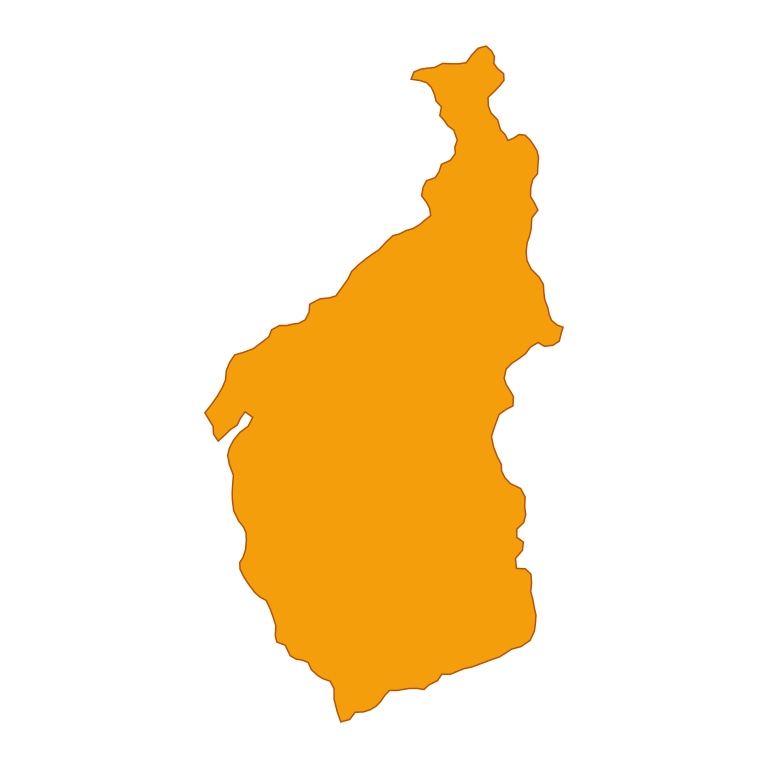 Campanha, Minas Gerais, Brazil
{"feature_id": "56859067B70432735249209", "entity_name": "Campanha", "entity_type": "district", "adm_level": 2, "iso_a3": "BRA", "parent_name": "Brazil", "parent_adm1": "Minas Gerais", "projection": "orthographic", "projection_center": [-45.402, -21.822], "detail": "fine", "context": "isolated", "style": "filled", "palette": "amber", "viewbox_px": 768, "rotation_deg": 0, "n_neighbors": 0, "source": "geoboundaries", "source_scale": "gbopen_adm2", "svg_char_len": 2999}
<svg xmlns="http://www.w3.org/2000/svg" viewBox="0 0 768 768"><path d="M563.1,327.3L557.3,325.1L551.7,320.6L549.2,314.6L547.8,307.7L544.8,299.9L543.8,292.0L543.4,284.5L539.0,277.0L531.2,269.2L527.0,260.6L526.1,251.7L527.2,242.6L529.5,236.1L531.1,228.9L531.8,218.0L537.9,210.1L534.3,202.7L530.5,196.4L530.8,187.3L532.8,179.4L537.5,173.7L537.9,165.7L538.5,157.2L536.9,150.7L533.7,145.3L529.9,139.8L525.1,135.2L519.1,134.5L513.5,138.2L508.0,140.5L505.2,134.8L500.5,129.7L497.5,119.7L490.9,112.9L488.4,106.0L488.0,97.5L494.1,91.7L500.1,85.3L504.0,80.2L503.6,73.6L497.7,68.8L493.8,63.4L494.5,56.7L491.6,51.1L486.2,46.1L478.0,48.3L471.6,55.2L466.3,62.7L458.9,63.8L450.6,63.8L442.8,63.4L434.5,67.5L426.6,68.3L420.6,69.2L413.9,72.0L411.1,79.2L419.8,80.5L426.6,82.6L431.3,87.3L434.5,94.5L436.1,101.2L441.4,106.8L439.8,115.6L444.0,120.1L447.9,125.8L453.8,130.2L457.3,140.2L454.8,147.1L455.4,153.5L450.3,160.4L441.4,164.4L439.0,172.0L435.1,177.7L426.5,180.7L423.2,187.0L421.6,195.8L426.5,202.3L429.7,208.5L430.7,215.6L425.4,219.7L419.3,224.9L412.9,228.6L406.0,230.6L399.3,234.0L393.0,235.6L386.6,241.5L378.7,250.0L373.3,253.5L367.0,258.0L358.5,264.8L351.6,271.5L348.0,279.0L342.6,286.6L335.9,295.9L329.3,297.9L320.1,298.8L309.7,304.2L309.1,312.1L305.2,319.9L298.6,323.4L292.6,324.1L286.9,325.5L279.6,325.5L271.7,329.7L268.9,336.8L261.8,342.3L253.3,348.7L243.1,352.5L234.7,354.9L229.9,362.0L226.4,370.2L225.5,380.1L222.6,387.0L217.6,395.8L210.9,405.3L204.9,412.8L209.6,420.7L213.1,426.2L213.5,434.0L218.2,441.1L225.2,434.7L230.5,429.5L237.2,425.1L240.4,418.3L245.1,411.8L252.7,417.3L248.2,426.2L240.0,432.3L233.4,440.4L229.3,448.4L227.7,455.4L229.3,464.3L233.4,475.2L232.6,485.5L232.2,492.3L232.4,500.2L233.7,510.7L238.7,521.0L243.6,527.1L246.0,532.7L246.4,540.4L245.5,549.9L243.2,557.1L239.7,562.6L240.1,569.4L244.0,577.2L249.4,585.4L254.9,592.6L260.0,597.1L266.2,600.4L270.2,608.9L273.4,617.9L275.9,626.0L275.3,635.7L276.8,642.0L285.2,645.2L290.2,655.7L296.2,659.2L302.2,660.1L308.2,662.5L311.4,669.7L317.7,675.5L322.8,678.6L330.1,681.2L334.1,688.6L334.1,699.3L337.3,712.0L340.8,721.9L349.7,719.5L355.1,712.3L363.6,711.9L370.3,709.7L375.7,706.5L380.7,701.4L384.8,695.3L389.5,690.5L397.5,690.4L408.8,688.5L417.0,688.4L424.0,689.5L428.8,685.0L437.6,680.6L441.8,674.2L450.5,674.2L457.9,671.1L464.2,668.6L472.1,666.9L481.0,663.6L491.1,659.8L499.7,656.8L505.6,653.1L511.4,649.2L520.9,646.6L530.1,640.4L534.4,631.1L535.5,622.6L536.0,615.2L534.4,608.3L532.7,598.8L530.7,591.7L531.6,583.0L530.9,574.1L525.3,568.8L516.4,568.4L515.5,558.4L522.4,550.3L523.4,542.1L516.8,537.3L516.8,529.2L523.8,522.4L525.7,514.6L524.7,506.6L525.1,497.0L520.6,488.5L510.5,483.7L504.8,477.6L501.6,471.1L501.3,464.3L497.4,456.9L493.7,447.3L491.4,436.6L494.7,426.4L499.0,414.6L506.1,409.4L513.0,405.9L513.4,396.5L509.8,390.3L506.3,384.8L504.1,378.4L506.1,369.1L511.8,363.3L519.1,358.5L525.4,353.8L530.4,347.1L538.1,342.5L544.4,346.3L552.9,345.3L559.3,341.1L561.2,333.2L563.1,327.3Z" fill="#f59e0b" stroke="#b45309" stroke-width="1.5"/></svg>